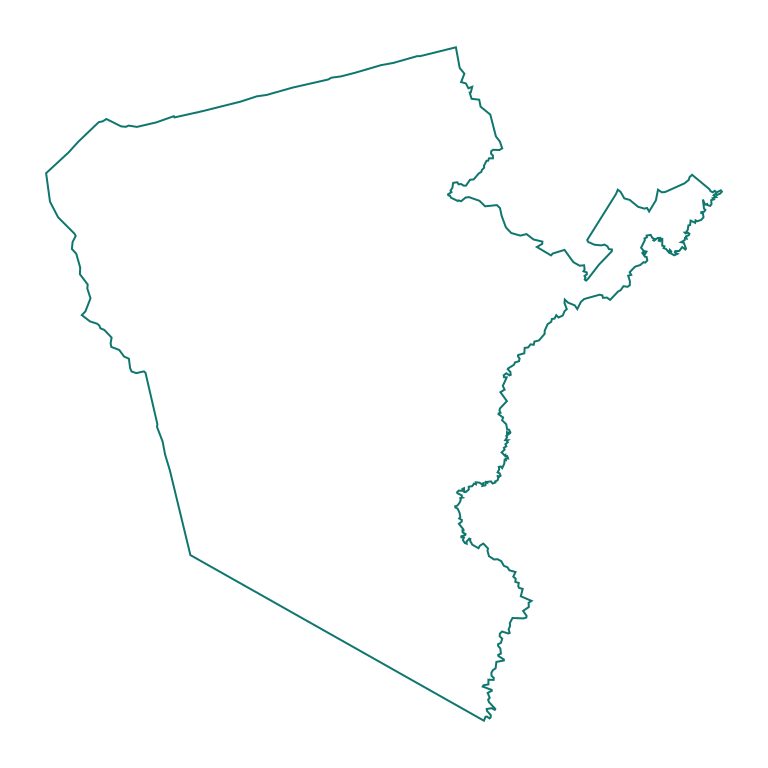 Kilgoris, Rift Valley, Kenya (orthographic projection)
{"feature_id": "3690345B49962205101636", "entity_name": "Kilgoris", "entity_type": "district", "adm_level": 2, "iso_a3": "KEN", "parent_name": "Kenya", "parent_adm1": "Rift Valley", "projection": "orthographic", "projection_center": [35.018, -1.222], "detail": "fine", "context": "isolated", "style": "outline", "palette": "teal", "viewbox_px": 768, "rotation_deg": 0, "n_neighbors": 0, "source": "geoboundaries", "source_scale": "gbopen_adm2", "svg_char_len": 6083}
<svg xmlns="http://www.w3.org/2000/svg" viewBox="0 0 768 768"><path d="M46.1,173.2L50.0,201.7L58.1,217.3L74.6,233.8L75.7,236.0L72.6,242.0L71.9,249.0L76.3,253.8L80.2,267.6L79.9,274.2L87.7,284.5L87.3,288.5L90.5,298.3L85.4,311.4L81.8,315.1L90.0,321.4L97.1,323.7L99.3,325.5L100.4,328.3L104.3,329.9L111.6,337.6L110.6,343.4L111.3,346.9L119.3,350.0L124.0,356.5L128.9,358.7L130.1,368.1L131.6,371.5L136.3,373.1L143.9,371.4L145.5,372.8L157.4,424.3L157.0,426.9L162.6,441.5L165.1,454.6L169.9,470.5L190.4,555.1L483.9,720.7L485.5,716.8L486.8,716.5L489.5,718.4L490.6,717.5L490.8,715.2L487.0,710.9L486.7,709.0L491.6,708.2L494.8,709.8L495.3,708.9L489.0,702.2L488.1,699.7L489.7,697.9L487.7,692.9L491.8,690.8L491.7,689.9L482.7,686.6L483.5,685.3L488.4,684.4L488.4,679.7L493.6,679.9L493.8,678.0L491.5,675.7L491.4,672.9L492.7,670.3L495.6,668.3L496.4,661.9L503.8,660.5L503.9,659.5L498.4,656.0L498.2,654.9L500.9,653.6L500.3,648.4L498.2,646.0L498.0,644.3L500.9,642.9L502.2,638.7L499.7,636.3L499.9,633.6L502.1,631.5L508.3,633.5L509.7,632.9L508.6,629.3L510.1,626.0L509.8,623.1L512.5,618.0L523.5,618.4L526.3,617.6L526.6,615.9L523.1,610.9L528.8,607.0L528.6,602.8L531.5,600.9L520.8,596.3L522.7,588.9L519.1,587.9L518.2,586.1L518.8,583.0L515.3,581.8L515.7,578.7L513.3,576.7L515.5,572.0L509.4,570.3L507.5,567.3L503.8,565.8L501.3,561.2L497.5,559.2L494.1,559.5L489.0,556.2L487.5,550.9L488.0,548.5L484.1,544.3L483.3,543.6L479.9,545.7L478.5,548.2L472.3,544.7L470.2,541.0L470.3,538.9L469.3,538.6L466.5,541.7L466.7,543.7L464.8,543.0L462.9,540.1L463.9,537.6L461.3,537.3L461.3,536.3L465.3,535.0L465.6,534.1L462.7,532.4L462.4,530.5L463.6,530.4L463.4,529.4L458.9,523.8L461.7,521.6L461.8,519.9L459.2,518.5L460.3,517.1L459.6,513.0L457.6,508.6L455.4,507.5L455.1,506.4L457.5,505.5L459.7,502.5L460.8,499.8L460.2,498.2L462.6,497.6L461.7,497.1L461.8,495.4L457.4,493.2L457.1,492.3L458.7,490.6L462.9,490.8L462.4,489.0L464.0,488.2L464.3,492.0L465.7,492.1L468.8,489.5L468.7,486.7L472.2,486.2L474.0,483.6L475.9,484.3L475.8,482.3L479.6,482.7L481.4,484.0L483.4,483.2L482.4,485.9L485.4,485.3L486.0,482.0L487.2,482.7L487.1,481.9L491.0,481.4L492.6,483.5L495.4,482.5L495.2,481.4L497.6,480.3L498.3,478.0L497.3,475.3L498.9,477.0L500.6,475.7L499.6,473.3L497.6,472.4L499.2,469.4L498.8,466.9L500.9,466.5L502.2,468.1L504.3,463.6L504.6,459.9L505.9,460.2L505.7,458.4L508.1,458.5L507.2,456.1L505.5,456.0L505.4,454.9L504.6,455.4L501.6,452.4L504.6,449.6L503.9,447.8L506.3,446.3L505.4,444.2L507.8,442.2L506.7,440.8L507.7,440.2L505.3,440.1L507.1,437.2L506.3,436.0L508.3,434.4L507.0,433.8L507.0,432.2L510.1,433.1L510.4,432.3L509.0,429.7L507.2,429.7L506.2,424.2L502.1,420.3L503.1,417.5L498.6,414.3L498.6,413.4L500.5,412.8L499.5,410.6L499.9,408.5L506.9,401.1L500.4,392.2L504.6,389.6L502.8,385.9L506.7,377.4L504.0,377.2L503.7,375.3L506.3,373.3L509.6,375.4L510.7,374.9L510.4,372.0L507.7,369.2L508.2,368.4L513.9,364.8L515.0,362.4L519.0,361.2L519.6,358.6L517.9,356.2L518.2,355.0L524.3,353.3L524.7,347.9L528.2,347.4L530.6,344.3L533.7,344.8L534.4,341.6L539.0,340.4L544.6,333.9L544.7,330.7L547.6,324.2L551.2,321.8L551.9,319.0L554.5,318.6L556.3,315.2L558.5,317.5L562.8,315.5L564.5,311.2L566.8,309.1L564.5,303.1L564.8,299.6L568.0,302.6L574.8,305.4L577.3,309.1L580.9,301.9L584.2,299.0L599.7,294.7L602.4,295.4L602.9,297.8L607.0,297.6L610.1,299.9L617.9,291.7L620.7,290.1L623.5,286.2L627.6,286.8L629.8,285.2L629.9,281.2L628.2,275.7L631.2,274.9L629.7,272.2L635.0,266.7L640.3,265.0L643.5,262.2L645.2,262.6L647.3,260.5L646.6,257.0L645.0,256.7L642.3,253.0L643.1,252.1L645.0,254.1L646.5,251.6L643.7,250.9L641.1,247.7L644.9,240.0L644.5,238.5L646.9,237.3L646.6,235.6L650.7,234.9L652.4,238.0L654.4,238.9L653.4,240.3L654.1,240.7L657.6,238.0L659.7,237.9L658.7,240.7L660.0,241.2L661.5,238.7L662.3,238.9L662.2,245.6L664.4,246.3L663.6,248.1L666.0,249.0L668.9,252.4L669.8,249.8L671.3,251.5L670.3,253.0L674.2,255.3L677.5,253.8L674.9,252.5L675.3,251.1L679.3,250.9L682.2,247.1L685.4,249.5L686.0,248.7L683.8,242.8L681.1,242.2L684.6,240.2L685.0,238.1L686.6,238.6L686.0,236.4L688.9,235.1L689.4,233.8L688.0,232.7L685.6,233.4L684.8,232.6L685.9,232.5L687.8,229.7L688.4,225.4L690.1,225.1L690.6,220.6L695.1,222.8L695.6,220.3L697.2,221.3L701.2,219.9L703.5,217.3L703.0,213.7L701.2,213.0L701.3,212.1L704.3,211.6L705.4,210.0L704.0,208.6L702.9,199.5L705.0,204.6L707.1,204.0L707.2,205.0L710.2,205.9L711.5,204.2L711.2,200.2L713.8,199.4L712.7,198.2L716.2,197.1L713.6,195.4L715.6,193.6L716.9,195.0L720.1,193.6L721.9,191.7L720.8,190.3L716.6,192.4L714.7,190.8L712.8,192.3L710.6,191.2L709.3,189.1L692.1,174.8L689.6,177.1L688.7,180.0L684.4,183.4L665.2,192.0L661.8,192.3L658.0,189.7L655.9,200.3L649.1,211.5L647.1,208.0L644.4,208.6L638.1,206.8L629.7,199.9L624.3,198.4L620.6,191.9L617.8,189.7L615.9,194.2L587.2,240.0L588.2,242.0L594.4,244.7L601.2,245.4L604.5,244.6L607.4,246.3L608.9,249.1L611.9,249.5L611.8,251.3L599.0,264.6L588.1,278.7L586.2,280.6L585.3,280.2L584.7,279.2L585.5,277.7L584.5,276.0L586.9,274.2L586.7,272.4L583.5,271.3L584.6,269.5L584.1,265.3L579.6,265.7L573.3,262.1L564.5,249.9L552.8,253.5L551.0,255.4L536.9,247.0L542.2,243.9L542.4,241.6L533.6,239.5L526.5,234.1L520.3,235.6L511.2,233.0L505.9,227.4L501.6,215.7L500.0,208.1L496.9,205.1L485.1,206.3L479.5,200.8L468.9,197.1L465.5,197.6L461.2,201.2L458.3,200.4L457.8,201.0L451.0,197.7L450.0,195.8L448.4,195.4L448.0,194.4L451.5,192.1L450.5,190.7L452.4,187.7L453.2,182.8L457.4,182.3L458.5,184.3L461.0,184.0L463.8,185.7L466.0,185.6L470.0,179.8L473.7,179.4L478.7,173.5L481.4,171.8L481.9,169.9L484.2,167.7L483.9,165.9L486.5,160.8L488.2,160.7L489.0,158.3L492.9,158.3L492.9,155.6L491.0,153.6L491.2,151.2L493.1,149.8L499.4,150.0L502.2,148.3L499.9,141.6L495.9,136.4L490.3,114.6L480.6,106.7L479.2,99.7L471.6,98.8L469.7,92.6L470.8,92.4L472.2,86.8L468.4,88.3L465.9,83.4L461.1,82.1L464.4,73.7L459.7,68.0L455.9,47.3L419.9,56.2L417.3,56.1L393.0,63.0L381.2,65.1L355.3,72.7L341.0,76.4L331.3,77.7L328.2,79.5L292.6,87.6L266.4,95.0L256.9,96.3L241.0,101.5L201.5,111.4L174.5,117.4L173.8,116.2L156.3,122.4L136.9,126.9L128.5,125.6L126.0,126.8L121.2,126.4L106.4,119.0L102.8,121.3L98.7,122.2L78.3,141.7L68.5,152.5L46.1,173.2Z" fill="none" stroke="#0f766e" stroke-width="2"/></svg>